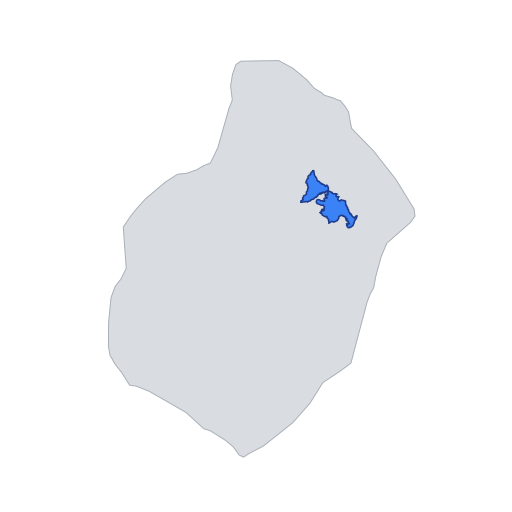 Lehlakaneng, Mafeteng, Lesotho shown in context, rotated 167°
{"feature_id": "5366337B94978153293499", "entity_name": "Lehlakaneng", "entity_type": "district", "adm_level": 2, "iso_a3": "LSO", "parent_name": "Lesotho", "parent_adm1": "Mafeteng", "projection": "equal_earth", "projection_center": [27.647, -29.815], "detail": "fine", "context": "in_parent", "style": "filled", "palette": "blue", "viewbox_px": 512, "rotation_deg": 167, "n_neighbors": 0, "source": "geoboundaries", "source_scale": "gbopen_adm2", "svg_char_len": 7012}
<svg xmlns="http://www.w3.org/2000/svg" viewBox="0 0 512 512"><g transform="rotate(167 256 256)"><path d="M328.0,348.3L315.3,352.9L313.6,353.3L305.5,352.2L294.7,353.3L286.2,355.9L279.6,356.8L268.8,370.1L249.2,405.8L244.0,413.3L242.5,427.4L238.0,438.4L232.4,447.1L227.0,449.2L210.7,445.8L189.9,441.3L177.8,430.6L167.0,416.4L161.4,406.1L155.4,400.4L153.4,397.3L144.9,392.5L141.7,390.0L138.8,388.3L135.4,381.4L133.4,375.5L134.2,358.9L128.2,349.0L117.9,332.1L111.4,318.2L102.5,299.3L97.1,283.1L91.4,266.3L92.1,259.1L97.5,254.2L113.3,245.7L125.5,239.2L134.3,227.1L143.8,209.3L148.5,198.5L153.1,193.6L158.2,186.0L167.1,169.1L177.0,150.4L187.6,130.3L200.9,124.5L219.2,117.7L236.8,100.2L257.7,85.3L291.5,69.2L307.3,65.1L313.3,62.8L317.1,65.8L321.1,75.1L326.8,82.8L340.1,96.2L345.7,99.4L359.4,119.3L374.0,132.9L390.9,148.5L402.3,156.3L408.2,158.5L413.0,172.4L417.8,182.7L420.6,192.3L420.0,201.7L414.5,224.6L406.6,248.1L400.3,257.8L392.7,264.0L385.2,273.2L382.3,292.0L378.8,314.1L369.0,323.2L361.5,329.1L351.0,336.4L328.0,348.3Z" fill="#d9dde1" stroke="#a8b0b8" stroke-width="1"/><path d="M200.2,298.2L199.1,298.0L197.1,298.0L196.8,297.8L196.0,297.8L195.7,297.7L195.4,297.8L194.6,297.8L193.8,297.1L193.7,297.3L192.4,297.3L191.8,297.5L191.7,297.6L191.2,297.7L190.4,297.5L190.2,297.7L190.2,298.2L189.4,298.4L189.0,298.6L188.6,298.5L187.9,298.6L187.6,298.4L187.3,298.5L187.2,298.6L186.8,298.6L186.4,299.2L185.9,299.2L185.4,299.7L184.6,299.8L184.3,299.7L184.0,300.0L183.8,299.9L183.6,300.3L183.1,300.5L182.9,300.4L182.5,300.9L182.3,300.8L182.1,301.1L181.9,301.2L181.9,301.5L181.4,302.0L181.2,301.9L180.6,302.1L180.3,302.0L179.5,302.9L179.1,302.4L179.1,301.9L178.9,301.7L178.7,302.0L177.7,302.3L177.8,302.6L177.2,302.4L176.8,303.1L176.2,302.6L176.0,302.9L175.8,303.0L175.4,302.7L175.2,302.2L174.9,302.4L174.8,302.7L174.3,302.9L173.9,302.6L173.7,302.8L173.5,302.6L173.4,302.9L173.0,303.0L172.9,303.3L172.7,303.2L172.4,303.4L171.8,303.3L171.6,303.1L171.9,302.5L171.6,302.0L171.5,301.6L172.0,301.1L171.8,300.3L172.4,299.4L172.7,299.3L173.3,299.5L173.5,300.2L173.6,300.4L174.1,300.6L174.4,300.5L174.8,300.1L174.9,298.4L174.1,297.8L173.6,296.8L173.7,296.5L174.0,296.4L175.2,297.1L176.7,296.7L176.9,296.4L176.9,296.1L176.7,294.8L176.9,293.9L177.2,293.8L177.6,294.1L177.7,294.4L178.4,294.7L178.5,294.6L178.8,295.0L179.1,294.9L180.1,295.0L180.8,295.5L181.1,296.2L181.7,296.6L182.9,297.1L183.7,297.0L184.0,296.9L184.3,296.6L185.2,295.1L185.2,294.9L184.9,294.5L184.8,293.6L184.7,293.3L182.8,292.2L181.1,290.8L180.0,290.5L179.0,290.5L179.0,289.9L178.2,288.8L178.3,288.5L178.8,287.9L178.8,287.6L178.7,287.2L178.8,286.8L179.2,286.0L179.4,285.1L179.9,285.0L180.4,285.3L180.5,285.6L180.2,286.0L180.1,286.4L180.2,286.6L181.3,286.5L181.5,286.4L181.6,286.0L181.1,285.1L181.2,284.9L181.5,284.9L181.7,285.3L182.4,285.2L182.8,283.7L182.7,283.4L182.9,283.3L183.0,283.4L183.2,283.8L183.4,284.1L183.9,283.9L183.2,282.8L182.8,282.6L182.3,282.4L182.1,280.7L181.4,280.3L180.6,279.4L179.7,278.8L179.5,278.5L179.3,278.4L179.1,278.7L178.7,278.9L178.5,278.6L178.0,278.2L177.9,277.3L178.1,276.8L177.0,275.4L177.0,275.2L177.4,274.5L177.4,274.3L177.1,273.8L177.4,273.0L177.6,271.6L177.2,271.6L177.0,271.8L176.1,272.0L175.7,272.3L175.3,272.3L174.5,272.7L174.3,272.7L172.7,271.6L172.4,271.5L170.1,272.0L169.6,272.2L168.9,272.1L168.4,272.9L168.0,273.0L167.5,273.6L166.9,274.0L166.6,275.6L166.1,275.6L165.8,276.0L165.4,276.0L165.3,276.3L164.2,276.4L163.3,276.1L163.1,276.3L162.8,275.8L162.3,276.0L162.1,275.9L161.8,275.4L161.9,275.1L161.4,274.8L161.1,274.5L160.6,274.6L160.5,274.0L160.4,273.8L160.1,273.8L160.3,273.4L160.1,272.9L160.2,272.3L159.5,272.4L159.1,271.7L158.8,271.6L158.9,271.4L159.5,270.9L160.0,270.8L160.0,270.4L159.9,270.0L159.5,269.9L159.5,269.7L159.1,269.6L158.8,269.3L158.6,269.4L158.5,269.1L158.6,268.4L158.3,268.4L158.1,268.1L158.4,267.8L158.3,267.5L158.3,267.2L157.9,266.5L158.7,266.6L159.1,266.4L159.5,266.8L160.2,266.6L160.4,267.0L160.6,266.9L160.5,266.2L160.2,265.9L160.2,265.5L160.2,265.2L160.7,265.1L160.5,264.4L160.5,264.0L160.0,263.6L159.7,263.1L159.8,262.8L159.7,262.7L159.2,262.8L158.7,262.6L158.4,262.8L157.9,262.6L157.6,262.8L156.6,262.9L156.1,263.4L155.3,263.5L154.5,264.0L154.3,264.5L153.2,265.9L152.1,268.0L151.6,268.5L150.2,269.6L149.2,270.9L148.5,272.4L148.7,272.6L149.0,272.6L149.2,272.4L149.9,272.2L150.0,271.9L151.0,271.4L151.2,271.2L151.5,270.9L151.6,271.6L152.0,271.5L152.6,271.9L152.7,272.5L153.0,272.8L153.2,273.2L153.6,273.5L153.8,274.0L153.6,274.0L153.5,274.4L153.9,274.9L153.9,275.4L154.2,275.7L154.2,276.0L154.4,276.2L154.8,276.2L154.7,276.4L155.0,276.5L155.0,277.1L155.3,277.4L155.5,278.1L155.4,278.3L155.5,278.9L155.6,279.0L155.5,279.4L155.6,279.6L155.5,279.8L155.5,280.2L155.7,280.4L155.6,280.8L156.1,281.0L156.2,281.4L156.1,282.1L155.8,282.7L156.1,283.2L156.3,283.2L156.4,283.4L156.4,283.8L156.5,284.0L156.4,284.4L156.5,284.7L156.9,284.8L157.0,285.4L156.9,285.6L156.8,285.9L157.0,286.0L156.9,286.5L157.0,286.7L156.9,287.1L156.9,287.5L156.8,287.8L156.6,288.0L156.5,288.6L156.6,289.0L156.5,289.5L156.9,289.7L157.1,289.6L157.5,290.1L158.1,290.5L158.7,290.5L159.0,290.8L159.3,290.8L160.3,291.6L162.3,290.6L163.0,291.9L163.4,292.1L163.7,292.6L163.5,293.3L163.1,293.6L162.7,294.4L162.1,294.8L161.9,295.2L162.7,295.5L163.8,295.4L164.4,296.0L164.3,296.3L164.5,296.5L164.4,296.8L164.1,297.3L164.1,297.6L163.2,298.0L163.8,298.4L164.2,298.4L164.1,298.6L164.7,298.7L164.9,299.0L165.9,299.0L166.9,299.4L167.4,300.5L167.5,300.5L167.7,300.9L167.8,301.0L168.1,300.7L168.5,301.5L169.1,301.9L169.2,302.1L170.2,302.6L170.6,303.2L170.8,303.2L170.9,303.3L171.1,303.2L171.3,303.3L171.0,303.9L170.6,304.1L170.5,304.9L170.4,305.0L170.4,305.6L170.1,305.9L170.1,306.4L170.5,306.9L170.3,307.6L170.4,308.0L170.5,308.1L170.9,308.8L171.0,308.6L171.3,308.6L171.5,308.8L172.0,308.6L172.4,308.3L172.7,308.2L173.3,309.9L173.8,310.0L174.3,310.7L174.7,310.7L175.3,311.1L175.4,311.5L175.8,311.5L175.7,311.8L176.1,311.9L176.2,312.2L177.0,312.9L177.0,313.1L177.3,313.3L177.3,313.7L177.6,314.3L177.9,314.3L178.3,314.9L178.5,315.0L178.8,315.4L179.2,315.3L179.4,315.9L179.5,316.6L179.6,317.0L179.4,317.4L179.5,318.3L179.7,318.7L180.0,319.1L180.1,319.4L180.0,319.7L180.1,320.0L180.6,320.5L180.8,321.6L180.9,322.4L180.7,322.7L180.8,323.1L180.6,323.6L180.8,323.9L180.9,324.4L180.5,325.1L180.6,326.2L181.6,326.4L182.2,325.5L182.6,325.4L184.3,324.3L184.2,323.8L184.3,323.1L184.7,322.9L186.2,322.8L186.7,322.2L187.3,322.0L187.6,321.2L187.8,319.8L187.9,319.7L188.4,319.8L188.8,319.5L189.3,318.7L189.9,318.1L189.8,317.7L190.5,317.1L190.7,316.5L190.9,316.3L190.8,315.9L190.1,315.5L189.6,314.8L189.6,314.2L190.0,314.0L189.9,313.7L190.1,313.4L189.5,311.2L189.5,310.9L189.9,310.7L190.5,310.0L190.9,309.0L191.1,307.9L192.4,307.2L192.6,306.6L192.9,306.1L192.8,305.4L192.7,305.1L193.0,304.9L194.0,304.3L194.8,304.2L195.3,304.0L195.6,304.1L196.3,303.7L196.6,302.7L196.9,302.5L197.1,302.1L197.6,301.9L197.4,300.2L197.8,300.1L198.2,300.2L198.9,299.8L199.8,299.6L200.0,299.2L199.8,298.8L200.2,298.5L200.2,298.2Z" fill="#3b82f6" stroke="#1e3a8a" stroke-width="1.5"/></g></svg>